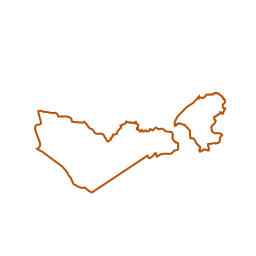 Ngatpang, Aimeliik, Palau, rotated 121°
{"feature_id": "81905179B51358963868347", "entity_name": "Ngatpang", "entity_type": "district", "adm_level": 2, "iso_a3": "PLW", "parent_name": "Palau", "parent_adm1": "Aimeliik", "projection": "mercator", "projection_center": [134.507, 7.458], "detail": "fine", "context": "isolated", "style": "outline", "palette": "amber", "viewbox_px": 256, "rotation_deg": 121, "n_neighbors": 0, "source": "geoboundaries", "source_scale": "gbopen_adm2", "svg_char_len": 5431}
<svg xmlns="http://www.w3.org/2000/svg" viewBox="0 0 256 256"><g transform="rotate(121 128 128)"><path d="M123.3,132.8L124.7,132.8L125.3,132.6L126.9,133.6L129.8,135.7L130.7,134.4L131.1,134.1L131.6,134.1L132.9,134.7L135.3,135.1L137.1,135.1L138.6,134.5L140.5,136.1L141.0,137.1L141.8,137.6L143.3,136.6L144.9,137.4L147.3,136.8L148.3,137.4L150.0,138.3L149.6,139.9L146.7,145.0L146.3,145.9L146.3,147.1L146.6,147.9L149.0,151.8L149.3,152.6L149.3,153.7L149.0,154.7L148.0,156.5L147.7,157.1L147.6,158.4L147.9,160.4L147.9,161.3L147.7,162.2L146.4,164.5L146.0,165.6L145.2,168.8L146.8,169.6L151.0,178.0L151.4,179.3L149.3,181.3L148.9,183.2L149.6,186.4L154.0,193.5L152.5,195.9L152.4,198.1L154.0,200.4L154.9,202.2L156.5,206.9L157.3,207.9L158.2,211.8L159.7,213.6L160.8,212.9L168.0,205.5L169.0,204.9L169.9,205.3L170.7,205.8L171.5,207.0L172.8,208.1L174.5,208.3L177.8,206.2L185.9,196.0L187.7,194.6L189.8,194.1L192.5,194.7L192.6,194.9L192.9,193.7L192.5,189.2L195.0,163.9L197.6,156.6L199.0,154.9L199.6,153.7L199.7,152.5L200.4,151.1L203.2,147.3L203.9,146.2L204.2,145.0L203.9,142.6L204.0,140.1L203.2,136.7L201.8,135.1L201.2,134.2L201.6,132.9L201.8,130.6L202.2,129.1L201.8,125.7L141.7,97.1L142.2,96.5L142.7,94.9L143.0,94.5L142.8,93.8L142.6,93.6L141.3,93.3L139.8,92.4L139.1,92.2L136.6,92.1L136.0,91.9L135.2,91.2L135.4,90.7L136.3,90.1L137.6,88.9L137.7,88.4L137.6,88.2L136.2,87.8L134.2,86.7L132.7,85.4L130.5,82.3L128.7,79.1L127.7,77.8L126.1,77.2L124.5,76.9L123.4,76.4L122.4,75.5L121.0,74.2L120.5,74.0L119.6,74.4L118.5,75.5L117.4,76.0L117.1,75.9L117.0,76.1L116.5,76.2L115.8,76.6L115.3,77.3L115.3,77.8L115.4,78.0L115.4,79.2L115.7,79.4L115.3,80.0L115.7,81.0L115.2,81.7L115.1,82.3L114.8,83.0L114.5,83.3L114.5,83.5L114.3,84.2L113.8,84.7L112.6,85.1L111.9,85.7L110.5,86.1L110.0,87.1L109.4,87.6L109.1,88.3L109.1,89.0L111.1,93.0L111.4,93.7L111.3,94.9L110.8,97.5L110.9,98.5L112.5,100.0L113.2,101.1L113.3,102.0L113.0,103.7L113.2,104.0L113.8,104.6L115.2,105.1L116.6,105.2L117.1,105.4L117.3,106.4L117.5,106.4L117.4,107.3L117.5,108.5L117.9,108.7L119.4,108.4L119.8,108.5L120.3,108.7L121.1,109.8L121.2,111.1L120.8,111.2L120.8,111.6L121.1,111.8L122.9,112.5L123.3,113.1L123.1,114.1L122.6,114.6L122.4,115.0L122.7,115.3L124.3,115.4L124.9,115.8L124.8,116.3L124.4,116.8L124.2,117.3L124.6,119.2L124.5,119.6L124.0,120.2L123.8,120.2L123.5,120.3L122.7,119.5L122.2,120.2L120.9,120.3L120.6,120.4L120.2,120.8L119.8,121.6L120.1,122.9L120.1,123.4L119.7,123.9L118.7,124.1L118.6,124.3L118.6,124.6L118.9,124.8L120.0,124.9L120.6,125.1L120.8,125.4L120.9,126.7L121.2,127.2L122.2,127.7L122.1,129.6L122.9,130.1L123.2,130.5L123.2,132.2L123.3,132.8ZM101.8,89.2L101.3,89.0L101.5,88.9L101.6,88.5L101.5,88.2L101.1,88.1L101.0,88.3L100.7,88.4L100.7,88.6L100.8,89.0L100.4,89.5L100.3,88.9L100.0,88.3L99.3,87.9L99.0,87.7L98.9,87.5L98.3,87.4L98.2,87.3L98.3,87.1L98.3,86.8L98.1,86.8L98.0,86.6L97.8,86.6L97.2,85.5L97.1,84.2L96.8,82.5L96.4,81.6L96.2,81.5L96.2,81.2L96.5,80.2L96.8,78.7L97.2,77.9L97.3,77.0L97.4,76.9L97.5,76.3L98.0,75.3L98.1,74.0L99.1,73.1L99.6,72.7L100.4,72.4L101.8,71.4L102.1,71.3L103.2,70.3L103.3,70.3L103.4,70.1L104.4,69.6L104.1,69.1L104.3,68.7L103.5,67.2L103.4,66.9L103.7,66.2L103.5,65.0L103.7,64.8L104.6,63.3L105.6,62.4L105.8,62.1L105.8,61.2L106.0,60.9L106.1,60.7L106.4,60.1L106.6,59.3L106.4,59.1L106.4,58.9L106.6,58.9L106.8,58.5L106.9,57.4L107.1,56.7L107.5,56.3L108.0,56.0L107.9,55.8L108.1,55.7L108.3,55.7L108.5,55.5L109.0,55.3L109.4,55.6L110.2,55.4L110.4,55.5L110.6,55.3L110.6,55.1L110.8,55.0L110.9,54.8L110.8,54.0L111.0,53.9L110.6,53.5L108.9,52.4L108.7,52.6L108.4,52.6L107.5,52.1L107.2,51.9L107.1,51.4L106.6,50.6L106.2,49.2L106.3,49.2L106.2,48.7L106.3,48.6L106.2,47.9L105.7,47.3L105.4,47.3L104.4,47.9L104.1,47.9L103.9,48.0L103.4,48.6L103.2,48.7L102.5,49.7L101.9,50.3L101.2,50.4L101.1,50.6L100.8,50.8L100.7,51.0L99.4,49.9L99.2,49.2L98.5,48.3L97.2,47.3L96.3,45.4L96.1,45.3L96.0,44.6L95.2,44.1L95.1,43.7L94.6,43.3L93.4,42.5L93.2,42.4L92.5,42.4L92.2,42.7L91.0,43.0L90.6,43.3L89.3,43.9L89.2,44.1L86.7,43.9L85.8,43.5L85.2,44.4L85.3,44.9L85.1,45.4L85.4,46.1L85.4,46.8L85.6,47.4L85.8,47.6L85.9,47.9L86.4,48.6L87.7,50.8L87.8,51.2L87.7,51.8L87.8,52.3L87.8,53.3L87.3,54.7L86.9,54.9L85.6,56.0L85.1,56.2L84.8,56.8L84.7,56.8L83.2,57.2L82.6,57.0L81.7,57.0L81.0,56.5L80.3,56.5L79.2,56.2L78.4,56.1L78.0,56.2L77.9,56.4L76.7,56.6L76.7,56.8L76.2,57.3L76.3,57.8L76.1,58.4L75.9,58.7L75.7,58.6L75.1,59.6L75.0,60.3L74.9,60.0L74.6,59.7L73.7,59.8L73.6,59.3L73.1,58.8L72.9,58.8L71.9,58.4L71.3,58.1L70.9,57.8L70.4,57.6L69.8,57.6L69.3,57.1L68.2,56.8L67.7,56.4L67.2,56.5L67.0,56.8L66.6,56.0L67.0,55.5L66.9,55.2L67.2,55.0L66.7,53.9L65.3,54.3L61.5,55.0L61.4,54.7L61.2,54.8L61.6,56.3L61.7,56.9L61.4,57.2L61.2,57.6L60.9,57.7L59.7,58.4L59.2,58.8L58.8,58.7L58.5,58.8L58.0,58.4L57.1,58.2L55.9,58.2L55.2,58.5L54.8,59.0L54.5,59.6L54.1,59.7L54.0,60.0L53.7,60.0L53.6,60.5L53.8,60.9L53.9,61.4L53.7,62.1L53.3,62.1L52.9,62.6L52.6,63.0L52.6,63.5L52.2,64.2L52.2,64.8L52.6,65.4L52.6,65.6L52.5,65.9L52.2,66.3L52.0,66.9L52.2,67.5L51.9,67.8L51.8,68.8L52.4,69.9L52.6,70.1L53.0,70.1L53.1,70.3L52.7,70.4L52.7,70.7L53.3,71.8L54.2,72.3L55.0,72.5L55.3,72.3L55.8,72.9L56.2,73.1L56.2,73.7L56.4,74.2L57.3,75.1L57.5,75.1L57.6,75.8L58.2,76.8L59.2,78.0L60.1,78.3L60.4,78.2L60.5,78.0L61.7,78.3L62.3,78.1L63.1,79.1L63.5,79.2L63.7,79.5L64.0,79.7L64.2,80.8L64.3,80.8L64.5,81.5L64.8,81.9L65.0,82.5L65.3,82.5L64.9,82.8L65.0,83.3L64.8,83.4L73.0,85.1L79.3,88.3L91.5,91.2L93.8,91.5L99.1,91.0L101.8,89.2Z" fill="none" stroke="#b45309" stroke-width="2"/></g></svg>